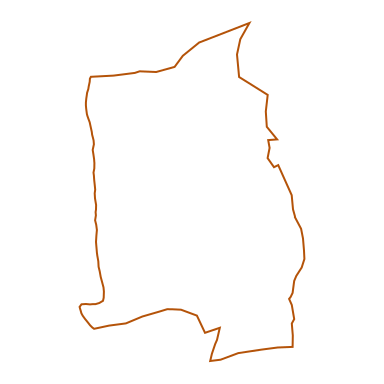 the district of Isuikwuato, Abia, Nigeria
{"feature_id": "59680162B83041511737206", "entity_name": "Isuikwuato", "entity_type": "district", "adm_level": 2, "iso_a3": "NGA", "parent_name": "Nigeria", "parent_adm1": "Abia", "projection": "orthographic", "projection_center": [7.441, 5.794], "detail": "fine", "context": "isolated", "style": "outline", "palette": "amber", "viewbox_px": 384, "rotation_deg": 0, "n_neighbors": 0, "source": "geoboundaries", "source_scale": "gbopen_adm2", "svg_char_len": 1666}
<svg xmlns="http://www.w3.org/2000/svg" viewBox="0 0 384 384"><path d="M277.1,139.4L266.8,126.8L265.8,111.5L267.7,94.9L239.1,77.0L237.0,54.5L240.3,39.2L249.4,23.0L199.5,42.4L199.3,42.4L182.8,55.8L174.6,66.9L156.2,72.0L141.6,71.4L139.7,71.3L134.9,72.9L113.6,75.6L90.9,76.8L89.9,78.7L89.7,81.8L88.7,86.5L88.3,89.1L88.0,90.0L87.1,92.8L86.7,95.8L86.3,98.4L85.9,102.5L85.9,105.5L86.2,108.8L86.9,114.1L87.4,115.9L88.3,118.5L89.7,122.3L90.4,125.6L91.8,132.0L92.1,134.6L92.9,137.6L93.6,140.5L93.9,144.3L92.7,149.9L93.4,154.3L94.1,159.2L94.3,162.1L94.4,162.9L94.3,168.5L93.5,172.6L93.9,175.6L94.2,180.0L94.8,185.6L95.2,189.7L94.7,193.3L95.0,198.3L96.1,205.0L96.0,209.5L95.6,212.1L95.9,215.4L95.1,220.3L96.2,224.7L96.9,230.0L96.4,235.5L96.0,241.9L96.3,245.6L96.6,249.0L96.9,252.7L97.2,254.9L97.3,255.7L97.6,257.3L98.3,261.3L98.6,266.8L99.7,271.3L100.7,276.9L102.1,282.1L103.5,287.4L103.9,291.5L103.7,297.7L103.0,300.8L99.3,303.0L95.6,304.1L93.0,304.1L90.0,304.4L85.9,304.0L81.5,304.3L79.6,306.9L80.3,309.5L80.6,310.4L81.4,313.3L82.7,315.7L85.0,318.9L86.8,321.1L88.4,323.1L90.1,325.3L92.3,327.5L94.1,328.8L109.1,325.6L125.9,323.4L142.4,316.5L159.0,311.7L167.2,309.2L172.9,309.3L181.0,309.7L196.9,315.6L205.0,332.8L219.8,327.8L217.0,339.9L215.2,344.0L211.9,353.8L210.2,361.0L220.6,359.7L238.3,353.1L261.6,349.6L277.7,347.5L292.6,346.9L292.8,335.5L291.8,323.5L294.2,319.1L291.8,305.0L289.1,298.9L290.6,297.0L292.6,292.9L294.2,280.9L296.3,275.9L301.7,267.5L304.4,259.0L304.0,250.6L303.0,238.5L301.1,228.8L294.9,217.1L295.0,216.5L293.0,209.3L291.7,195.2L278.2,165.1L274.0,167.2L267.6,158.1L269.6,147.9L268.2,140.1L277.1,139.4Z" fill="none" stroke="#b45309" stroke-width="2"/></svg>